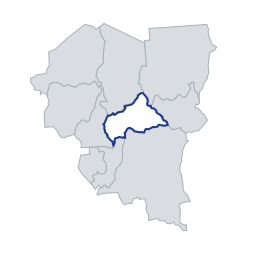 Central African Republic and the surrounding countries, rotated 356°
{"feature_id": "CAF", "entity_name": "Central African Republic", "entity_type": "country or territory", "adm_level": 0, "iso_a3": "CAF", "parent_name": "Africa", "parent_adm1": "", "projection": "natural_earth1", "projection_center": [20.084, 6.633], "detail": "fine", "context": "with_neighbors", "style": "outline", "palette": "blue", "viewbox_px": 256, "rotation_deg": 356, "n_neighbors": 9, "source": "natural_earth", "source_scale": "50m", "svg_char_len": 9528}
<svg xmlns="http://www.w3.org/2000/svg" viewBox="0 0 256 256"><g transform="rotate(356 128 128)"><path d="M177.8,176.7L179.0,189.0L178.4,192.0L179.4,195.3L182.3,198.6L184.9,205.9L183.0,205.3L174.9,206.9L173.5,210.6L174.6,213.2L173.0,225.9L177.8,229.1L179.2,228.1L179.5,234.3L175.7,234.3L171.9,228.6L168.1,227.8L167.0,224.8L164.0,226.6L160.0,225.8L158.4,223.2L152.9,222.8L152.6,221.0L148.6,220.5L142.2,221.8L142.4,214.9L140.8,212.7L140.4,209.2L141.2,205.7L140.1,203.4L140.1,199.8L134.0,199.9L134.4,197.8L131.9,197.8L131.6,198.8L128.5,199.0L126.5,203.8L123.8,203.0L118.9,204.3L115.8,199.4L113.1,191.6L98.4,191.5L93.2,192.9L92.4,191.1L93.7,190.5L94.7,186.5L96.5,185.3L97.8,185.9L99.5,183.7L102.2,183.7L102.5,185.4L104.4,186.4L111.5,178.1L111.3,173.3L113.5,167.7L119.1,161.9L119.6,160.1L120.6,156.0L120.9,147.6L123.4,140.9L124.2,133.4L126.1,130.4L128.8,128.6L136.1,132.7L143.5,134.4L145.6,130.4L147.9,131.0L153.5,128.1L155.4,129.3L157.0,129.2L157.8,127.8L159.6,127.3L166.6,128.0L168.2,127.4L171.3,132.2L173.5,132.9L179.9,131.1L181.1,133.5L185.5,137.4L185.3,144.1L187.3,144.9L183.7,148.5L180.8,154.2L180.5,158.8L179.4,161.0L179.3,165.4L177.9,167.0L176.5,174.1L177.8,176.7Z" fill="#d9dde1" stroke="#a8b0b8" stroke-width="1"/><path d="M154.2,110.1L150.4,107.5L148.7,105.9L149.1,99.3L146.2,95.7L145.7,91.8L143.9,90.1L143.8,86.7L142.8,84.5L141.1,84.8L142.8,80.3L142.3,77.9L143.9,76.1L142.9,74.8L146.4,66.9L150.7,67.3L150.3,41.8L156.0,41.8L155.9,30.2L213.8,30.2L215.6,35.9L214.5,37.0L215.4,43.0L217.4,49.9L222.1,53.5L219.6,56.8L216.0,57.7L214.5,59.5L212.2,71.9L212.7,74.2L212.1,79.2L210.1,84.9L207.2,87.8L204.6,94.6L202.3,96.2L200.9,102.2L201.0,107.4L200.9,102.9L200.2,102.8L199.7,97.9L197.1,95.7L196.4,91.5L197.0,87.2L194.7,86.8L194.4,88.1L191.4,88.4L192.6,90.1L193.1,93.6L187.9,100.9L185.4,101.5L181.2,98.1L179.3,99.3L178.8,101.0L176.2,102.1L176.1,103.3L171.1,103.3L170.4,102.1L166.8,101.9L165.0,102.9L163.7,102.4L160.2,97.4L156.7,98.2L154.0,106.1L150.8,107.8L154.2,110.1Z" fill="#d9dde1" stroke="#a8b0b8" stroke-width="1"/><path d="M150.3,44.3L150.7,67.3L146.4,66.9L142.9,74.8L143.9,76.1L142.3,77.9L142.8,80.3L141.1,84.8L142.8,84.5L143.8,86.7L143.9,90.1L145.7,91.8L145.7,93.2L142.5,94.2L140.0,96.5L136.4,102.9L131.7,105.5L125.5,105.7L126.0,107.7L121.3,112.0L115.0,114.2L113.0,112.8L112.0,114.3L107.9,114.7L108.7,113.2L106.5,106.8L104.3,105.8L101.4,102.4L102.5,99.7L108.9,99.9L106.2,94.7L106.1,87.0L104.2,83.3L104.7,80.5L101.5,80.4L101.5,76.7L99.5,74.5L101.7,66.9L108.0,61.4L108.3,53.9L110.3,42.1L111.4,39.6L109.4,37.6L109.3,35.8L107.5,34.2L106.4,25.2L111.3,22.0L150.3,44.3Z" fill="#d9dde1" stroke="#a8b0b8" stroke-width="1"/><path d="M106.4,25.2L107.5,34.2L109.3,35.8L109.4,37.6L111.4,39.6L110.3,42.1L108.3,53.9L108.0,61.4L101.7,66.9L99.5,74.5L101.5,76.7L101.5,80.4L104.7,80.5L104.2,83.3L102.8,83.6L102.6,85.4L101.7,85.6L98.4,79.2L97.2,79.0L93.3,82.2L86.8,80.2L85.4,81.0L82.5,80.8L79.5,83.3L77.0,83.5L71.0,80.5L68.6,81.9L66.1,81.8L64.3,79.6L59.4,77.4L54.0,78.1L52.7,79.4L52.0,82.7L50.5,85.0L50.1,90.2L46.3,86.9L44.6,86.9L42.9,88.6L43.1,84.6L37.4,83.3L37.3,80.5L34.6,76.7L33.9,74.1L34.4,71.3L37.6,71.0L39.5,69.0L50.6,67.6L51.1,64.0L53.9,60.1L54.2,46.7L61.2,44.2L75.6,32.7L92.5,21.7L100.2,24.2L102.9,27.4L106.4,25.2Z" fill="#d9dde1" stroke="#a8b0b8" stroke-width="1"/><path d="M45.1,121.5L45.4,108.5L46.4,104.8L50.4,99.5L49.9,97.9L50.9,95.6L49.9,92.1L50.5,85.0L52.0,82.7L52.7,79.4L54.0,78.1L59.4,77.4L64.3,79.6L66.1,81.8L68.6,81.9L71.0,80.5L77.0,83.5L79.5,83.3L82.5,80.8L85.4,81.0L86.8,80.2L93.3,82.2L97.2,79.0L98.4,79.2L101.7,85.6L102.6,85.4L104.5,87.7L103.7,90.7L99.5,95.2L95.4,107.2L92.7,109.6L90.3,117.3L86.9,119.2L84.1,116.9L82.2,117.0L79.2,120.3L77.8,120.4L74.0,130.1L68.9,132.1L67.0,131.8L65.0,133.1L61.0,133.0L58.4,129.4L56.8,125.2L53.3,121.4L45.1,121.5Z" fill="#d9dde1" stroke="#a8b0b8" stroke-width="1"/><path d="M104.2,83.3L106.1,87.0L106.2,94.7L108.9,99.9L102.5,99.7L101.4,102.4L104.3,105.8L106.5,106.8L108.7,113.2L105.4,120.6L104.2,121.6L103.9,130.3L106.2,133.3L108.5,138.4L110.8,140.2L111.5,144.5L111.2,147.7L103.2,144.8L79.7,144.4L80.5,139.9L78.5,136.1L76.3,135.1L75.3,132.5L74.0,131.7L75.3,126.0L77.8,120.4L79.2,120.3L82.2,117.0L84.1,116.9L86.9,119.2L90.3,117.3L92.7,109.6L95.4,107.2L99.5,95.2L103.7,90.7L104.5,87.7L102.6,85.4L102.8,83.6L104.2,83.3Z" fill="#d9dde1" stroke="#a8b0b8" stroke-width="1"/><path d="M123.7,137.4L123.4,140.9L120.9,147.6L120.6,156.0L119.6,160.1L119.1,161.9L113.5,167.7L111.3,173.3L111.5,178.1L104.4,186.4L102.5,185.4L102.2,183.7L99.5,183.7L97.8,185.9L94.6,183.3L91.1,186.8L87.0,180.6L90.8,177.5L88.9,173.6L90.6,172.2L94.0,171.5L94.4,168.9L97.0,171.7L101.4,171.9L103.0,169.2L103.6,165.4L103.0,160.8L100.7,157.4L102.8,150.7L101.6,149.6L97.9,150.1L96.5,147.1L96.9,144.5L103.2,144.8L111.2,147.7L111.5,144.5L114.2,139.2L117.1,136.1L123.7,137.4Z" fill="#d9dde1" stroke="#a8b0b8" stroke-width="1"/><path d="M87.9,144.6L93.3,145.0L96.2,144.2L96.9,144.5L96.5,147.1L97.9,150.1L101.6,149.6L102.8,150.7L100.7,157.4L103.0,160.8L103.6,165.4L103.0,169.2L101.4,171.9L97.0,171.7L94.4,168.9L94.0,171.5L90.6,172.2L88.9,173.6L90.8,177.5L87.0,180.6L78.5,170.0L75.5,164.1L78.9,151.8L87.9,151.5L87.9,144.6Z" fill="#d9dde1" stroke="#a8b0b8" stroke-width="1"/><path d="M185.5,137.4L181.1,133.5L179.9,131.1L173.5,132.9L171.3,132.2L167.4,125.6L163.7,123.3L162.4,119.8L157.0,114.3L156.9,112.4L150.8,107.8L154.0,106.1L156.7,98.2L160.2,97.4L163.7,102.4L165.0,102.9L166.8,101.9L170.4,102.1L171.1,103.3L176.1,103.3L176.2,102.1L178.8,101.0L179.3,99.3L181.2,98.1L185.4,101.5L187.9,100.9L193.1,93.6L192.6,90.1L191.4,88.4L194.4,88.1L194.7,86.8L197.0,87.2L196.4,91.5L197.1,95.7L199.7,97.9L200.2,102.8L200.9,102.9L201.0,107.4L200.3,109.2L197.7,109.3L196.0,112.6L199.1,113.1L201.6,115.9L202.5,118.2L204.8,119.5L207.8,125.8L198.3,135.7L194.8,135.7L190.8,137.1L187.6,135.8L185.5,137.4Z" fill="#d9dde1" stroke="#a8b0b8" stroke-width="1"/><path d="M152.1,107.5L152.3,107.6L152.5,107.9L152.3,108.7L152.4,109.3L152.8,109.7L153.2,109.9L153.6,110.0L155.0,110.3L155.6,110.6L156.4,111.6L157.4,112.5L157.6,113.0L157.6,113.4L157.3,114.0L157.8,114.7L158.3,115.2L159.2,115.9L160.8,116.8L161.5,117.4L161.8,117.9L162.2,118.4L162.8,118.9L163.2,119.3L162.9,120.3L163.0,120.7L163.1,121.0L163.5,121.4L163.6,121.9L163.9,122.6L164.3,122.9L165.0,123.0L165.4,123.3L166.1,123.8L166.8,124.3L167.1,124.6L167.3,124.8L167.4,125.2L167.5,125.5L167.5,126.2L167.7,127.1L168.0,127.7L168.4,128.1L167.0,127.6L166.7,127.6L165.7,128.3L165.2,128.3L164.5,128.3L162.3,127.8L160.5,127.3L160.0,127.1L159.0,126.9L158.4,127.3L157.8,128.4L157.6,128.6L156.7,128.9L156.3,128.8L155.2,129.1L153.6,128.7L153.0,128.8L152.5,129.0L151.4,129.5L150.7,129.8L149.8,130.1L149.0,130.5L148.5,130.7L148.0,130.7L147.5,130.5L147.0,130.3L146.4,130.2L145.7,130.3L145.2,130.8L145.0,131.1L144.5,131.9L144.0,133.3L143.7,133.6L141.0,133.1L139.9,132.9L139.1,133.1L138.2,132.7L137.8,132.7L137.6,132.8L137.1,132.6L136.2,132.1L135.4,131.9L134.7,132.0L134.2,131.9L133.9,131.4L133.4,130.6L132.6,129.7L131.5,129.1L130.8,128.6L130.5,128.2L129.9,128.0L129.0,128.0L128.1,128.3L126.8,129.4L125.6,131.5L125.0,132.3L124.4,132.5L124.3,133.0L124.6,133.9L124.6,134.8L124.4,136.4L124.5,137.5L124.2,137.4L124.0,136.8L123.8,136.7L123.0,136.9L122.6,137.2L122.4,137.4L122.0,137.1L121.8,137.1L121.5,137.1L121.2,137.1L120.9,137.1L120.5,136.9L119.2,136.5L118.9,136.3L118.7,136.3L118.0,136.7L117.6,136.8L116.5,137.1L115.3,137.2L114.8,137.2L114.5,137.4L114.3,137.6L114.2,138.2L113.9,139.1L113.8,139.4L113.9,139.7L113.8,140.3L113.8,140.9L113.8,141.3L113.5,142.0L113.1,142.9L112.7,143.7L112.4,144.5L112.1,144.0L112.0,143.4L111.9,142.6L112.0,142.4L111.9,142.2L111.8,141.6L111.9,141.2L111.8,140.8L111.5,140.4L111.3,140.1L111.1,139.9L110.7,139.7L110.3,139.6L109.9,139.0L109.4,138.4L108.8,137.7L108.3,137.0L107.7,136.2L107.1,135.5L106.8,134.8L106.7,134.4L106.8,134.4L107.1,134.4L107.2,134.1L106.9,133.6L106.8,132.9L106.6,132.5L106.0,131.8L105.3,131.3L105.1,131.0L105.0,130.7L104.8,128.4L104.7,127.7L104.5,127.4L104.4,127.3L104.3,127.1L104.3,126.7L104.4,126.3L104.4,126.2L104.6,125.9L104.6,123.7L104.4,123.4L104.2,123.5L104.0,123.4L103.8,123.1L103.7,122.7L103.9,122.2L104.1,122.0L104.3,121.9L105.0,121.5L105.2,121.3L105.3,121.1L105.4,120.8L105.8,119.7L106.4,118.7L106.7,118.4L106.9,117.7L107.3,116.8L107.4,116.4L107.6,116.0L107.8,115.7L108.4,115.1L108.9,114.1L109.5,114.2L110.0,114.4L110.7,114.4L111.3,114.2L111.7,113.9L112.5,113.6L113.4,113.2L113.5,112.7L113.8,112.4L114.1,112.2L114.3,112.3L114.5,112.9L114.8,113.4L115.4,114.0L115.6,114.0L116.0,113.5L116.9,113.2L117.1,113.1L117.7,112.5L118.5,112.1L119.0,111.9L119.7,111.5L120.3,111.5L121.2,111.5L122.7,111.3L123.8,111.2L124.3,111.1L124.6,110.4L124.8,110.2L125.2,110.0L126.0,109.0L126.5,108.3L126.7,108.0L126.8,107.9L127.0,107.6L126.8,107.3L125.9,106.6L125.9,106.3L125.9,106.2L126.3,106.0L126.7,105.6L127.2,105.5L128.5,105.5L129.5,105.5L129.8,105.5L130.6,105.3L131.2,105.2L131.8,104.8L133.2,104.9L134.3,104.0L134.6,103.9L134.7,103.7L134.8,103.6L135.3,103.3L135.9,102.6L136.3,101.9L136.5,101.5L137.7,100.0L138.2,100.0L138.4,99.8L138.9,98.8L139.0,98.6L139.3,98.6L139.6,98.4L139.8,98.1L140.0,97.7L140.0,97.1L139.9,96.7L140.1,96.3L140.3,96.1L141.2,95.6L141.5,95.3L141.6,95.1L141.9,95.0L142.2,95.0L142.3,94.9L142.6,94.6L143.2,94.3L143.8,94.1L144.5,94.2L145.0,94.3L145.4,94.5L145.7,94.5L146.0,95.2L146.2,95.5L147.6,97.2L147.9,97.6L148.6,98.8L149.1,99.6L149.6,100.8L149.6,101.5L149.6,102.1L149.5,103.6L149.3,104.1L148.7,104.9L148.7,105.3L148.8,105.6L149.0,105.8L149.1,106.7L149.3,107.0L149.8,107.2L151.0,107.3L151.6,107.4L152.1,107.5Z" fill="none" stroke="#1e3a8a" stroke-width="2"/></g></svg>